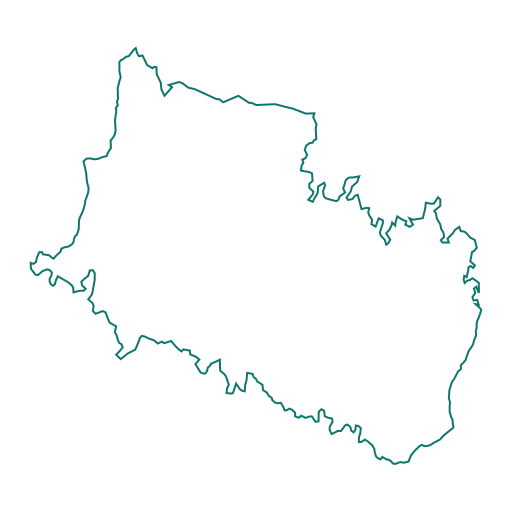 outline of Bossoroca, Rio Grande do Sul, Brazil
{"feature_id": "56859067B25851744085744", "entity_name": "Bossoroca", "entity_type": "district", "adm_level": 2, "iso_a3": "BRA", "parent_name": "Brazil", "parent_adm1": "Rio Grande do Sul", "projection": "equal_earth", "projection_center": [-54.962, -28.651], "detail": "fine", "context": "isolated", "style": "outline", "palette": "teal", "viewbox_px": 512, "rotation_deg": 0, "n_neighbors": 0, "source": "geoboundaries", "source_scale": "gbopen_adm2", "svg_char_len": 5523}
<svg xmlns="http://www.w3.org/2000/svg" viewBox="0 0 512 512"><path d="M438.0,197.3L433.9,203.7L430.5,203.7L425.8,202.7L425.1,209.0L422.8,218.2L412.9,219.7L409.4,218.3L413.0,224.7L409.7,226.9L405.3,224.6L406.3,221.2L402.5,219.8L397.3,216.4L395.7,221.7L395.2,225.6L392.2,222.5L391.5,225.4L389.3,229.9L386.1,233.3L390.2,239.6L388.4,243.1L386.2,244.7L384.9,240.0L380.9,235.8L379.9,232.3L382.9,223.1L382.8,220.3L378.7,218.3L375.6,226.6L371.4,224.1L372.2,219.9L369.2,215.3L368.2,212.3L369.2,208.2L366.6,207.8L361.5,209.1L358.7,198.6L357.7,194.8L355.2,195.6L352.3,199.1L347.9,199.9L346.5,197.6L350.7,191.4L352.1,186.5L357.2,182.0L359.2,176.3L353.5,177.4L348.8,177.6L345.8,180.1L343.2,188.7L345.1,192.5L339.5,196.5L338.4,199.8L336.4,201.1L331.3,199.9L325.5,198.2L323.8,196.1L323.0,191.5L325.1,185.3L324.1,182.8L318.2,186.4L317.7,192.9L314.3,198.6L312.8,201.8L308.3,199.8L312.7,194.5L313.4,191.6L309.3,187.8L309.3,183.9L312.6,180.9L312.0,173.4L309.4,172.1L300.9,170.6L301.6,165.7L303.4,162.6L302.3,159.7L305.6,158.1L307.1,154.8L304.7,149.9L306.4,145.4L309.7,143.1L312.6,142.7L313.9,140.3L316.3,139.1L315.7,128.2L316.5,124.4L313.2,117.0L314.3,113.3L305.8,113.6L292.4,108.5L288.0,107.5L275.1,104.2L256.3,105.0L251.5,102.9L249.0,102.8L238.4,95.8L223.2,102.3L219.1,99.1L216.7,99.2L194.9,89.2L188.2,87.6L182.7,83.4L179.2,82.0L168.8,85.0L172.1,87.2L164.5,95.7L161.4,89.4L160.8,82.8L156.7,74.2L156.4,67.1L154.3,66.8L152.5,68.3L147.1,65.0L142.5,55.5L139.1,56.3L137.0,52.8L135.7,48.1L133.5,50.0L130.9,53.5L128.7,56.2L126.0,56.8L122.9,59.3L120.6,60.4L119.3,62.4L119.5,66.6L119.3,70.6L120.7,77.4L119.5,80.7L118.6,84.6L117.6,88.3L117.9,91.2L117.8,95.4L118.2,98.2L117.0,101.5L117.8,105.3L115.9,107.9L116.3,112.1L115.7,115.0L115.0,120.3L115.6,130.8L114.9,133.9L113.6,136.8L110.6,140.6L110.9,148.0L107.5,153.4L106.7,156.1L102.4,157.1L98.3,158.8L94.3,159.3L90.0,158.4L86.4,158.7L83.5,161.4L85.3,168.8L86.3,174.0L86.7,179.5L87.4,183.8L88.6,188.1L88.2,192.5L86.5,197.3L85.3,200.7L84.8,204.6L83.8,208.0L82.5,212.0L80.2,216.8L79.0,220.1L78.7,229.1L77.0,234.6L75.0,236.4L74.0,239.1L73.4,242.4L71.8,244.4L68.6,246.5L64.9,247.2L61.4,248.6L60.6,251.6L56.6,255.2L53.6,258.7L51.2,257.1L49.0,255.2L43.0,254.3L41.9,252.1L39.3,252.1L36.8,257.9L36.0,262.0L33.3,263.9L30.7,262.9L30.9,268.7L35.4,274.6L38.0,275.1L42.4,271.2L47.4,269.3L50.1,270.4L51.9,272.7L51.3,275.8L49.6,278.7L49.7,281.7L50.9,284.3L53.1,285.8L54.9,284.2L56.0,280.0L57.9,276.3L68.3,282.4L71.7,285.2L73.2,287.7L73.5,292.4L79.2,290.9L83.9,290.6L85.7,288.8L82.2,285.5L81.3,281.6L85.1,278.3L88.1,275.9L89.8,270.5L92.7,270.1L94.7,273.0L94.7,279.9L92.1,294.2L88.3,299.3L92.4,303.0L93.6,305.6L92.9,310.9L95.5,313.8L102.6,311.1L105.5,312.3L107.8,318.5L109.5,322.5L116.2,326.4L114.8,332.0L116.7,335.5L117.8,339.7L119.1,342.8L121.6,344.4L122.7,347.4L119.2,351.6L116.2,354.7L120.7,359.1L127.9,353.4L135.3,349.6L137.5,344.4L138.9,341.0L139.7,338.2L141.9,335.8L145.6,336.8L147.4,337.9L150.3,339.1L153.2,339.9L155.3,341.3L157.7,343.5L162.0,341.6L164.1,343.2L171.2,341.0L175.2,345.9L178.9,349.5L181.5,351.4L183.5,349.4L189.8,350.6L190.3,354.4L196.2,356.9L199.3,359.5L195.4,364.1L200.6,372.5L203.1,373.4L205.1,373.6L207.1,371.0L207.8,367.5L209.6,366.2L211.2,363.6L215.8,361.7L219.9,359.7L220.0,367.2L220.3,370.8L224.3,374.1L226.1,376.7L228.8,384.8L227.3,387.7L226.4,392.9L230.6,393.6L232.9,393.1L236.1,383.6L240.0,389.3L242.2,390.8L244.7,391.3L245.2,385.0L246.6,379.8L247.2,372.9L252.6,373.9L253.5,376.8L256.2,379.2L257.2,381.5L262.4,384.7L263.1,390.2L266.9,392.5L268.7,395.8L271.6,397.7L272.3,400.1L274.8,402.4L277.5,403.3L280.9,402.9L283.2,406.8L284.8,410.5L287.0,410.1L289.5,408.6L292.2,409.9L295.1,412.7L295.1,416.3L298.9,417.8L301.2,415.6L305.4,417.9L309.4,416.5L311.8,416.4L315.5,421.8L318.6,421.3L318.6,415.9L318.9,411.6L321.5,409.2L324.0,410.6L324.9,416.3L327.9,417.7L331.8,418.4L332.6,421.7L329.8,426.6L329.6,429.8L331.6,434.0L334.1,432.9L337.6,431.0L341.1,430.9L345.0,425.5L347.5,424.5L350.3,427.0L351.3,430.6L353.6,432.4L355.4,429.8L355.9,425.5L358.4,426.0L360.8,428.1L360.2,433.7L359.2,436.2L358.8,439.3L358.9,442.1L361.1,442.0L365.0,439.6L367.6,441.3L372.0,445.0L374.3,448.8L374.9,453.0L376.3,456.9L378.6,458.5L380.6,459.3L382.3,456.9L384.8,458.5L386.9,459.6L388.9,459.7L391.0,461.3L392.9,463.5L395.6,463.9L398.4,462.7L400.6,462.1L404.0,462.8L406.6,461.9L408.7,461.5L409.5,459.1L410.8,455.8L413.1,452.7L415.5,450.0L419.2,446.4L421.6,444.9L424.7,446.2L427.1,445.9L430.4,445.1L433.6,442.8L436.3,441.5L440.1,439.5L443.4,435.7L445.2,434.2L453.4,427.6L452.8,423.3L452.5,419.8L451.3,417.5L449.7,412.0L449.6,407.0L450.0,402.2L448.8,398.1L449.2,394.3L449.3,390.7L450.5,386.5L451.8,382.3L454.0,379.3L456.8,373.9L458.1,371.4L460.9,369.2L460.9,365.1L463.6,362.5L465.7,359.8L466.5,357.0L467.5,354.3L468.8,350.9L471.3,347.4L472.9,344.7L473.7,341.9L474.5,339.2L476.1,335.6L475.8,331.1L476.7,327.9L476.5,324.0L477.3,320.8L478.8,317.4L480.3,313.1L481.3,309.7L479.4,307.5L475.7,304.2L478.7,304.7L477.2,299.9L473.6,300.5L472.4,297.3L475.3,292.9L473.9,288.5L476.2,286.8L478.9,292.9L478.8,282.9L475.1,280.1L472.5,278.2L469.7,280.1L467.0,280.8L464.7,283.0L463.6,279.7L464.3,275.8L466.7,277.2L468.2,270.5L468.5,267.3L470.5,266.0L473.2,267.9L474.9,265.4L470.3,261.3L472.1,251.9L474.1,251.0L476.8,247.7L474.8,240.0L470.3,237.7L466.4,233.1L464.2,231.6L460.8,231.1L459.2,226.9L455.2,229.7L452.6,233.5L447.5,238.6L448.8,242.5L442.5,242.5L440.8,240.2L444.1,237.0L443.3,232.3L441.1,228.8L440.3,224.4L436.9,218.7L436.0,213.5L434.3,210.9L440.3,205.9L440.3,199.5L438.0,197.3Z" fill="none" stroke="#0f766e" stroke-width="2"/></svg>